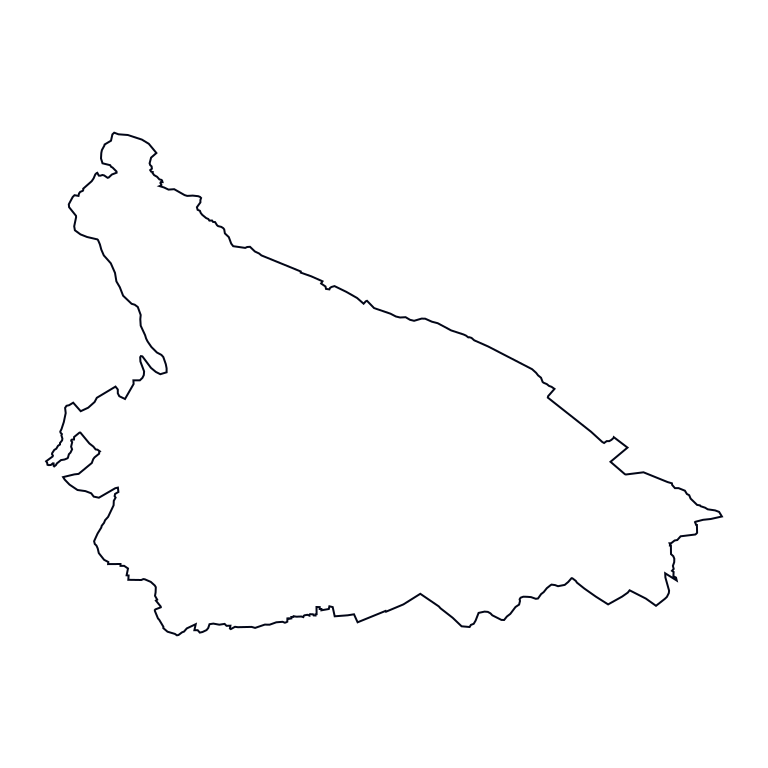 Magiresti, Bacau, Romania (Robinson projection)
{"feature_id": "2599482B79930750524298", "entity_name": "Magiresti", "entity_type": "district", "adm_level": 2, "iso_a3": "ROU", "parent_name": "Romania", "parent_adm1": "Bacau", "projection": "robinson", "projection_center": [26.514, 46.524], "detail": "fine", "context": "isolated", "style": "outline", "palette": "ink", "viewbox_px": 768, "rotation_deg": 0, "n_neighbors": 0, "source": "geoboundaries", "source_scale": "gbopen_adm2", "svg_char_len": 6011}
<svg xmlns="http://www.w3.org/2000/svg" viewBox="0 0 768 768"><path d="M721.9,516.5L719.1,511.9L715.1,510.4L707.7,509.3L705.1,507.7L700.6,506.2L700.0,505.4L697.1,504.9L690.6,498.6L689.2,495.2L686.9,494.0L684.9,490.7L678.5,488.1L674.9,488.1L672.2,485.0L671.9,483.3L667.7,482.1L643.5,472.3L625.9,474.5L624.9,474.2L610.5,461.8L627.5,447.6L613.8,437.2L613.6,437.9L611.4,439.9L609.3,441.1L606.7,441.1L604.1,443.0L602.3,442.0L591.1,431.8L547.8,397.6L548.1,396.2L554.5,388.9L551.5,386.8L549.0,385.9L546.8,384.1L543.5,382.7L542.6,381.9L541.0,377.7L538.1,375.4L536.1,372.8L532.1,369.2L488.2,346.5L474.2,340.3L471.5,337.9L469.2,337.2L468.3,337.4L466.0,335.6L463.6,334.5L451.1,330.4L437.7,323.2L431.9,321.7L425.2,318.7L421.6,318.6L414.1,320.8L410.0,319.8L405.6,317.2L400.1,317.5L395.9,316.5L390.5,313.7L374.1,308.1L367.0,300.8L365.8,301.3L363.6,303.7L357.1,298.0L346.2,291.8L334.5,286.1L331.4,287.0L329.9,288.1L329.4,289.4L326.0,288.9L325.5,286.5L321.1,283.5L322.5,281.3L311.2,276.3L300.7,272.6L300.8,271.5L261.4,255.4L259.1,253.5L254.9,251.5L250.0,246.8L247.2,247.0L245.2,247.9L233.2,246.2L231.2,243.6L228.8,237.1L224.9,233.4L224.2,229.4L223.3,228.2L221.3,226.9L218.1,226.1L217.0,225.2L215.1,222.1L213.0,221.9L212.0,220.5L209.4,220.6L208.3,219.0L206.2,218.1L202.2,214.8L200.7,212.9L199.9,210.8L197.6,209.8L196.9,207.2L200.4,202.4L200.4,200.0L201.1,198.0L200.0,196.9L198.2,196.2L192.8,195.6L187.2,195.9L184.6,195.1L174.2,189.2L168.5,189.6L164.1,187.5L159.6,186.1L161.3,185.4L161.4,184.8L160.4,183.0L160.8,182.1L162.5,182.1L162.1,180.6L161.5,179.9L159.4,179.4L157.1,176.8L154.1,175.1L152.5,172.9L152.8,172.1L151.1,171.6L150.2,170.1L151.9,168.7L151.6,166.4L150.2,165.1L149.6,163.3L151.1,157.6L156.4,153.0L148.8,143.8L141.9,139.6L127.8,135.0L118.5,134.3L114.2,132.7L112.4,134.4L111.0,140.7L104.6,144.5L104.4,145.5L101.9,150.1L101.3,153.0L101.0,158.4L102.5,163.3L110.2,165.2L111.1,166.8L112.5,167.5L116.5,171.5L116.6,172.7L111.9,174.5L108.7,177.5L107.6,177.8L104.1,175.4L102.4,175.0L100.3,175.7L98.8,175.6L97.3,172.8L96.6,173.1L95.3,174.4L93.6,178.4L91.7,181.2L83.2,188.7L83.3,189.8L82.8,190.8L80.2,191.9L79.0,193.5L78.5,195.9L74.5,195.2L72.7,197.0L68.8,204.3L69.1,207.2L76.0,215.8L76.1,217.2L74.2,226.3L74.9,230.3L80.5,234.4L87.1,237.0L97.4,239.4L98.0,240.0L99.9,244.4L101.3,249.6L103.8,255.4L110.8,263.3L115.0,272.9L116.4,281.4L119.8,287.2L123.1,295.7L131.6,303.8L134.7,304.7L137.8,307.0L140.7,315.0L140.3,319.2L140.7,325.7L145.1,335.2L146.1,338.5L147.6,341.5L151.4,347.0L156.9,352.5L161.4,354.9L163.3,357.0L165.8,364.2L166.6,368.3L166.6,372.3L160.3,374.2L155.8,371.9L150.9,367.8L142.4,356.4L140.9,356.1L140.2,357.2L140.4,361.5L144.1,371.4L143.8,375.1L142.4,377.9L139.9,380.3L133.4,380.3L133.6,384.0L125.0,399.0L119.3,396.2L117.8,393.3L117.8,389.5L115.5,386.6L96.8,397.8L94.6,402.0L88.2,407.7L80.7,411.2L73.2,402.7L69.1,405.2L66.5,405.8L65.1,407.9L65.7,413.1L63.8,422.1L61.5,429.1L60.3,431.5L60.5,432.6L61.9,434.1L61.4,435.3L62.4,438.6L62.1,440.4L60.0,443.0L60.0,444.5L58.0,445.8L56.3,448.7L54.3,449.9L52.2,453.1L52.0,454.1L52.9,455.6L52.6,456.5L46.1,461.3L47.1,462.7L47.5,464.8L48.5,465.1L50.8,465.0L52.9,463.3L53.6,463.4L53.6,465.8L54.2,466.4L55.9,465.1L56.9,463.4L61.0,460.1L64.6,459.5L67.4,458.3L67.9,457.8L68.9,454.2L70.5,452.6L72.1,449.3L71.1,446.7L72.2,442.1L71.2,440.8L71.3,440.1L71.9,439.6L74.0,439.5L74.1,437.0L79.5,432.6L80.4,432.6L89.4,443.5L93.4,446.6L95.6,449.4L97.5,449.7L99.9,451.4L99.2,452.0L99.1,453.7L94.5,457.4L93.2,459.2L91.8,463.0L78.6,473.9L74.3,474.4L63.1,477.1L64.7,479.6L69.5,484.6L77.5,490.0L85.4,491.1L91.2,493.3L93.7,496.6L98.9,497.7L115.3,488.2L117.9,487.6L118.4,492.0L115.1,493.9L114.6,496.1L115.6,497.6L113.8,500.8L113.6,505.3L108.1,516.9L105.1,520.2L104.0,522.9L101.7,525.8L101.3,527.5L97.6,533.5L94.1,541.2L94.8,544.0L96.4,545.5L97.7,548.4L98.8,553.1L104.1,559.8L108.3,562.0L108.1,564.1L120.5,564.0L120.5,565.9L124.2,565.9L128.0,568.5L126.6,575.3L128.6,575.5L128.3,579.8L141.3,580.0L143.3,579.1L144.8,579.3L150.8,581.9L154.8,585.5L155.8,587.2L155.6,592.4L155.0,595.8L157.2,599.7L155.9,600.6L160.7,606.5L160.8,607.3L155.4,609.4L154.8,610.1L154.9,611.0L158.0,618.5L159.1,619.6L163.4,626.8L163.3,628.1L167.5,631.7L174.9,633.9L176.9,635.3L178.5,635.0L182.1,632.3L184.0,631.6L186.8,628.4L195.7,624.2L194.4,630.2L197.7,630.2L199.8,632.6L202.5,632.0L206.5,630.1L208.2,628.1L209.5,624.2L213.3,623.6L219.3,624.7L224.6,623.9L226.5,625.8L230.4,625.7L229.9,628.5L230.8,629.1L235.0,626.8L237.9,627.2L251.6,626.9L255.1,627.9L264.8,624.6L269.6,624.7L276.3,622.3L282.6,621.8L284.8,622.7L285.7,622.5L287.3,621.7L287.4,618.4L288.8,618.3L288.8,618.9L291.4,618.4L291.3,617.0L293.4,616.9L293.6,616.2L296.3,616.7L301.3,616.5L303.3,617.1L303.8,615.8L304.5,615.3L307.4,614.8L309.4,615.6L309.4,614.7L310.0,614.2L313.0,614.3L313.6,615.4L315.5,615.5L315.5,614.3L316.6,614.2L316.5,607.0L319.7,607.1L319.7,609.0L321.4,609.0L321.4,610.3L328.8,609.0L329.4,606.3L332.7,607.1L334.7,616.3L347.7,615.3L354.0,614.3L357.6,622.3L385.6,610.9L386.0,611.7L403.4,604.4L420.3,593.8L438.8,606.4L440.5,608.3L452.7,617.8L461.6,626.3L469.6,627.0L470.9,624.9L473.7,623.8L475.6,620.6L478.6,612.9L484.6,611.6L487.9,611.9L490.5,613.4L492.3,615.3L501.4,619.9L504.1,620.0L506.9,616.5L510.3,613.9L515.5,607.0L519.1,604.6L520.0,601.0L519.6,599.3L520.6,597.7L523.3,596.7L527.0,596.8L531.0,597.1L535.8,598.8L538.0,598.5L541.1,594.1L543.7,592.1L546.8,588.2L550.3,585.4L551.5,584.6L555.1,585.1L558.0,586.2L564.7,584.9L568.2,582.0L571.5,578.2L572.4,578.3L575.8,580.9L576.9,582.6L584.3,588.5L595.8,596.6L608.1,604.4L622.1,596.6L627.8,592.6L629.6,590.3L645.9,598.6L656.0,605.8L664.9,598.8L666.9,596.9L668.8,593.1L669.1,590.7L665.4,577.5L665.2,573.3L676.7,580.5L676.0,577.6L673.4,576.2L673.6,571.9L672.0,570.8L673.7,568.9L672.9,565.9L674.2,562.2L674.3,558.7L673.3,556.2L671.0,554.1L670.9,545.5L669.9,545.5L670.0,544.1L669.6,543.3L671.2,543.2L674.6,540.5L677.3,540.0L680.6,536.3L695.3,534.5L696.2,533.8L697.1,532.8L696.9,525.0L696.2,525.0L695.0,522.1L695.3,521.8L703.1,519.8L710.7,519.0L721.9,516.5Z" fill="none" stroke="#020617" stroke-width="2"/></svg>